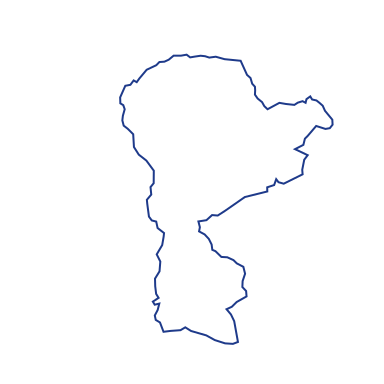 the district of Três Forquilhas, Rio Grande do Sul, Brazil, rotated 23°
{"feature_id": "56859067B63561064901677", "entity_name": "Três Forquilhas", "entity_type": "district", "adm_level": 2, "iso_a3": "BRA", "parent_name": "Brazil", "parent_adm1": "Rio Grande do Sul", "projection": "mercator", "projection_center": [-50.078, -29.445], "detail": "fine", "context": "isolated", "style": "outline", "palette": "blue", "viewbox_px": 384, "rotation_deg": 23, "n_neighbors": 0, "source": "geoboundaries", "source_scale": "gbopen_adm2", "svg_char_len": 1799}
<svg xmlns="http://www.w3.org/2000/svg" viewBox="0 0 384 384"><g transform="rotate(23 192 192)"><path d="M254.5,68.4L252.2,71.8L244.0,74.3L237.6,75.8L229.2,86.3L225.0,84.7L221.4,81.9L215.9,80.3L211.9,77.8L210.4,73.7L208.8,70.5L205.1,68.8L201.3,64.2L196.9,62.7L185.5,52.2L170.1,57.0L161.0,58.2L155.4,61.5L151.0,61.9L146.7,63.2L141.6,66.3L137.7,68.8L133.4,67.7L128.6,70.8L121.8,73.7L118.9,79.3L115.7,82.8L111.2,85.1L109.6,89.2L102.5,97.2L99.2,108.0L98.2,112.5L94.7,112.1L93.4,117.4L89.1,120.3L88.9,133.0L91.4,138.4L94.8,138.9L97.7,142.1L98.6,148.9L99.9,153.3L103.2,157.6L108.1,158.9L115.3,161.8L121.0,173.3L128.4,178.4L137.7,180.9L148.5,187.3L153.3,198.9L151.9,203.7L155.5,210.3L153.5,216.8L155.4,220.3L162.0,231.5L166.1,233.9L170.6,233.2L174.4,238.6L182.3,240.7L183.4,244.4L185.3,252.5L183.9,263.2L190.0,268.4L193.1,277.7L191.8,286.2L195.0,293.2L198.8,299.8L202.6,302.5L198.8,308.2L201.7,310.3L205.5,307.5L206.5,314.0L206.0,320.2L208.6,323.9L213.5,324.6L220.4,331.8L226.8,328.1L235.4,323.7L238.7,319.2L245.4,320.3L261.2,318.4L270.8,319.4L281.6,318.4L289.0,315.8L292.9,312.1L281.3,294.4L275.7,289.5L269.6,286.4L273.5,282.1L276.1,275.8L283.0,266.8L280.5,262.0L275.5,259.8L273.4,254.2L272.8,246.5L268.5,240.8L261.1,240.2L256.8,238.5L250.0,238.3L244.4,240.3L236.7,237.3L233.3,237.3L230.6,232.7L225.8,228.6L220.2,226.1L213.9,225.5L213.0,221.3L209.4,216.6L216.3,212.3L219.5,205.4L224.9,203.6L229.9,196.2L242.6,176.0L261.1,162.1L259.4,158.3L264.9,153.5L264.5,147.3L267.8,149.2L273.2,148.5L286.9,132.5L284.8,128.5L282.7,118.4L284.1,112.9L270.1,112.3L276.1,105.1L275.1,98.8L276.6,95.1L280.5,82.7L290.2,81.8L293.9,79.4L295.1,75.1L292.9,70.6L282.7,65.3L278.6,61.5L274.4,60.1L270.8,59.1L266.4,59.9L263.5,57.8L261.1,61.8L261.7,65.5L258.3,65.2L254.5,68.4Z" fill="none" stroke="#1e3a8a" stroke-width="2"/></g></svg>